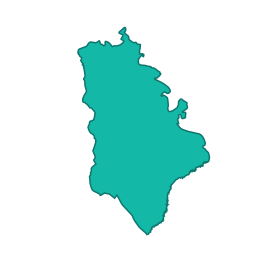 outline of Wang Muang, Saraburi, Thailand, rotated 135°
{"feature_id": "78962969B15444617755923", "entity_name": "Wang Muang", "entity_type": "district", "adm_level": 2, "iso_a3": "THA", "parent_name": "Thailand", "parent_adm1": "Saraburi", "projection": "mercator", "projection_center": [101.139, 14.811], "detail": "fine", "context": "isolated", "style": "filled", "palette": "teal", "viewbox_px": 256, "rotation_deg": 135, "n_neighbors": 0, "source": "geoboundaries", "source_scale": "gbopen_adm2", "svg_char_len": 5663}
<svg xmlns="http://www.w3.org/2000/svg" viewBox="0 0 256 256"><g transform="rotate(135 128 128)"><path d="M75.3,192.5L78.3,194.3L79.5,195.8L81.6,196.7L81.2,199.7L81.2,202.0L81.8,203.8L82.4,204.9L82.8,205.1L83.5,204.9L85.1,203.1L86.5,203.0L87.0,203.5L87.1,205.0L87.8,206.1L87.9,206.7L87.3,208.4L86.6,209.6L86.8,210.1L89.5,210.6L90.8,211.3L93.3,214.9L94.4,215.7L95.3,215.8L99.6,215.1L106.3,218.1L107.1,218.3L108.1,218.1L110.2,216.6L109.9,216.1L110.8,215.5L110.7,214.3L111.3,213.1L111.1,210.2L113.4,209.3L113.8,208.9L114.3,206.7L114.3,205.3L115.2,205.2L115.7,204.7L115.3,204.0L115.5,203.6L115.3,203.2L115.7,203.1L115.9,202.6L116.5,202.4L117.7,200.2L121.1,195.6L122.6,194.5L124.2,194.3L124.7,194.0L125.4,191.7L128.4,188.4L131.1,183.6L132.9,182.7L136.2,182.0L139.5,180.5L140.9,179.2L141.2,178.6L141.2,177.6L140.5,176.3L140.2,173.0L140.7,169.2L139.8,168.2L139.7,167.7L140.1,162.9L140.5,162.1L143.6,159.7L146.0,158.3L146.7,158.2L148.2,158.4L149.5,159.4L150.8,159.5L152.5,158.1L154.9,157.3L155.7,156.8L156.4,155.7L157.7,152.7L157.9,150.5L157.4,148.7L157.3,147.2L157.8,145.7L159.0,144.7L158.9,143.2L159.3,142.1L161.6,140.3L166.4,137.8L168.9,136.7L171.4,131.1L171.9,130.6L173.2,129.9L174.9,129.6L175.4,128.2L176.1,125.3L181.0,125.7L182.9,125.2L184.0,123.7L186.2,122.8L187.3,121.4L189.1,121.1L189.7,120.7L192.4,117.3L194.1,115.5L195.9,112.2L197.0,109.6L197.0,108.3L194.7,101.1L195.3,100.0L193.8,99.3L191.9,99.0L191.2,98.6L190.5,98.7L188.8,95.7L187.9,94.9L187.1,87.8L183.4,88.4L184.0,85.7L186.1,78.9L186.0,78.4L186.3,77.8L186.9,63.2L188.0,60.5L189.0,57.3L190.2,49.8L189.7,41.0L190.0,39.3L188.7,38.6L188.2,38.6L187.6,39.0L185.4,38.5L185.1,39.5L182.4,39.6L182.3,39.8L182.2,40.4L181.5,40.9L180.2,40.3L179.8,40.7L179.5,40.7L179.6,39.7L179.4,39.5L178.2,39.7L177.3,39.5L177.2,39.9L177.0,40.0L176.8,39.0L175.4,38.7L175.2,38.5L174.7,38.6L174.4,39.0L174.2,38.8L173.5,39.0L173.3,38.6L172.7,38.8L172.0,38.4L171.8,37.7L170.4,38.1L169.6,37.7L169.5,38.1L168.9,37.7L168.5,38.4L168.0,38.0L167.8,38.7L167.1,38.7L166.5,39.6L165.9,39.9L165.7,40.1L165.1,40.0L165.2,40.3L164.9,40.3L164.9,40.8L164.6,40.7L164.6,41.1L164.2,40.8L163.1,41.6L162.7,42.4L161.8,42.1L161.6,42.4L161.5,41.7L161.3,41.6L161.0,41.7L161.0,42.3L160.5,42.1L160.3,42.3L159.9,41.9L159.7,42.3L159.4,41.9L158.8,42.3L158.4,42.4L158.4,42.6L158.7,42.9L158.5,43.1L157.9,43.2L158.1,43.8L157.7,43.8L157.3,44.4L156.4,44.7L155.8,45.1L155.4,46.0L155.2,45.9L155.2,45.6L154.4,45.5L154.8,45.9L154.1,46.1L154.4,46.6L153.9,46.4L153.8,46.8L153.1,46.9L152.9,47.1L152.9,48.1L151.5,48.1L151.7,48.5L151.1,48.8L151.2,49.1L151.5,49.1L151.5,49.4L150.6,49.3L150.5,49.7L150.9,49.8L150.8,50.0L150.4,50.3L149.5,50.4L149.0,51.0L149.0,51.4L148.2,51.9L147.2,53.0L146.7,53.0L146.0,53.5L145.7,52.9L144.9,53.8L144.2,53.5L143.8,54.0L142.7,54.3L142.2,54.8L141.6,54.5L140.8,54.6L139.4,55.7L139.4,56.0L139.7,56.3L139.7,56.6L139.3,56.7L138.6,56.6L137.2,57.3L136.5,57.0L135.5,57.2L132.4,57.3L131.4,57.7L128.7,56.8L127.7,57.2L126.9,56.7L126.2,55.4L125.2,55.5L125.0,53.9L124.0,54.4L123.6,53.7L123.3,53.5L120.8,53.6L120.4,53.2L118.9,52.8L118.2,52.2L117.6,52.3L117.0,52.3L116.1,53.0L115.4,52.7L114.9,53.4L114.2,53.2L113.7,53.5L113.2,52.5L113.7,52.1L113.7,51.8L113.0,51.7L112.5,52.6L112.2,52.7L112.2,51.1L111.9,51.0L111.5,51.4L111.3,51.4L111.2,50.9L111.5,50.4L111.2,50.2L110.7,50.2L110.5,50.9L110.0,51.3L109.8,51.2L109.9,50.3L109.6,50.3L109.3,50.6L109.2,51.0L108.9,51.1L108.8,51.8L108.0,51.7L107.2,51.9L106.8,51.6L106.6,51.0L105.6,50.7L105.0,50.2L104.3,50.3L104.3,49.2L103.5,49.4L103.7,50.3L102.7,49.9L102.5,49.6L103.2,49.6L103.2,49.3L102.8,48.8L102.3,49.2L101.8,48.2L101.6,48.3L101.6,48.9L100.9,49.1L100.6,49.5L99.6,49.9L99.7,49.4L99.4,49.3L98.9,49.7L97.7,49.9L97.5,49.4L98.1,49.1L97.2,48.7L97.9,48.6L97.8,48.3L97.3,48.3L96.4,48.7L96.1,48.4L95.9,47.6L94.6,47.5L93.6,47.9L91.1,49.6L89.0,52.9L88.7,53.7L88.6,54.8L88.7,56.5L88.3,58.7L88.8,60.1L88.7,61.3L88.3,61.9L87.6,62.2L87.1,62.1L86.3,61.6L85.8,61.6L84.0,62.6L82.3,66.1L81.4,69.0L81.3,71.4L81.7,73.2L88.1,83.4L90.4,88.2L91.0,90.2L91.0,92.3L90.5,96.2L89.1,95.3L87.0,98.9L86.3,99.3L85.5,99.1L84.5,99.4L83.5,100.9L82.3,101.3L81.6,100.7L81.4,99.6L81.6,99.1L82.7,98.1L83.0,97.0L83.0,96.3L82.5,95.9L80.8,94.9L79.9,94.8L79.4,95.2L79.0,96.0L77.3,97.0L76.4,98.3L76.6,98.9L77.7,99.5L78.1,100.1L78.4,100.7L78.3,101.0L77.7,101.1L73.7,100.2L72.0,100.2L71.0,100.9L70.0,102.9L68.6,103.9L68.7,105.2L69.6,109.2L69.6,110.3L70.1,111.0L70.6,111.3L73.3,111.1L76.1,108.7L79.0,107.6L84.3,108.6L86.8,110.0L87.2,110.7L87.3,111.5L87.2,112.1L86.1,113.7L83.4,115.6L79.5,120.4L78.8,121.7L79.0,123.9L79.5,125.8L80.1,126.5L80.6,126.2L81.4,126.3L81.7,126.9L81.5,127.6L81.0,127.9L78.6,128.1L77.4,128.0L76.2,127.0L76.1,125.4L75.8,124.7L75.0,124.1L73.6,123.7L72.8,123.8L72.0,124.2L71.6,124.8L71.0,126.5L70.7,128.1L71.3,133.3L72.4,137.4L74.6,143.6L73.7,144.3L72.2,142.8L70.8,142.9L69.8,142.6L67.6,142.8L66.5,143.2L66.5,143.5L66.7,144.0L66.0,144.9L66.0,145.3L66.5,146.9L66.7,149.5L67.2,151.7L67.5,152.4L68.1,152.9L68.7,154.0L68.8,154.4L68.5,155.0L69.0,156.1L70.0,157.2L71.7,160.2L74.5,163.5L74.9,164.6L75.1,165.8L74.8,166.4L73.2,168.2L71.8,169.3L71.2,169.3L69.3,169.7L67.0,169.8L66.4,169.1L66.4,168.7L66.9,168.2L66.8,167.7L66.5,167.6L65.0,168.5L65.2,170.2L66.5,171.2L66.9,171.8L67.3,172.0L67.3,172.3L66.3,173.2L65.4,174.5L64.6,174.8L61.9,176.8L60.3,178.2L60.3,178.5L60.8,178.9L62.0,180.7L61.9,183.0L64.0,184.7L64.7,189.9L62.8,192.5L63.2,196.7L63.1,197.8L60.8,198.7L60.1,199.1L59.0,200.4L59.0,200.9L59.3,201.5L60.0,201.7L63.1,201.8L66.3,202.1L66.8,202.0L67.1,201.2L67.0,200.5L66.0,198.6L65.8,197.4L66.7,196.7L69.6,196.0L70.0,195.8L70.2,195.3L69.3,193.1L69.8,192.4L70.3,192.1L72.8,191.9L75.3,192.5Z" fill="#14b8a6" stroke="#0f766e" stroke-width="1.5"/></g></svg>